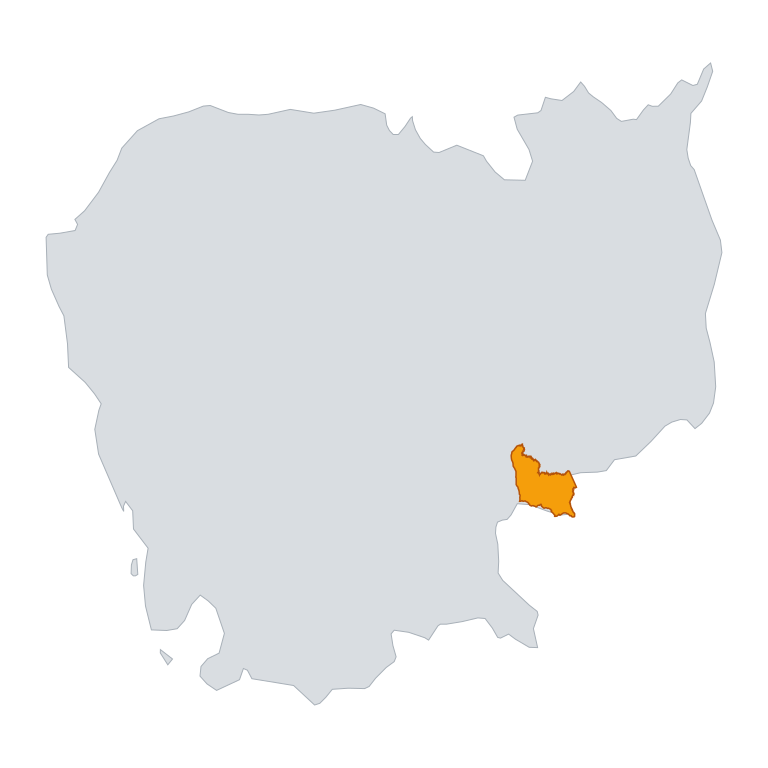 location of Memot, Kâmpóng Cham, Cambodia
{"feature_id": "14789045B36806562781005", "entity_name": "Memot", "entity_type": "district", "adm_level": 2, "iso_a3": "KHM", "parent_name": "Cambodia", "parent_adm1": "Kâmpóng Cham", "projection": "natural_earth1", "projection_center": [106.235, 11.913], "detail": "fine", "context": "in_parent", "style": "filled", "palette": "amber", "viewbox_px": 768, "rotation_deg": 0, "n_neighbors": 0, "source": "geoboundaries", "source_scale": "gbopen_adm2", "svg_char_len": 8560}
<svg xmlns="http://www.w3.org/2000/svg" viewBox="0 0 768 768"><path d="M710.6,63.0L712.7,71.3L707.3,86.9L701.6,101.0L690.9,113.4L690.4,122.5L686.8,149.6L688.2,158.2L690.7,165.6L694.2,169.6L703.5,196.1L712.0,220.2L720.4,240.1L721.9,252.6L714.3,284.3L705.4,313.5L706.2,328.1L710.0,342.6L714.2,362.0L715.7,386.8L713.5,403.0L709.5,413.1L701.7,423.3L695.0,428.6L686.9,419.9L680.4,419.5L671.8,422.1L665.0,426.1L651.1,441.3L635.8,456.0L614.5,459.7L606.3,470.6L597.4,472.1L580.6,472.7L569.6,475.3L570.1,480.7L569.2,506.6L569.4,512.7L567.7,514.3L560.1,515.1L547.2,511.1L529.8,504.7L517.3,503.7L511.0,515.0L507.1,519.4L502.4,520.1L497.5,522.1L495.9,527.1L495.5,533.4L497.8,544.2L498.7,561.3L498.1,573.0L502.7,580.4L529.3,605.2L537.2,611.4L538.1,615.1L533.4,628.6L537.6,647.6L529.2,647.3L515.3,639.1L508.6,634.1L500.5,638.1L497.7,637.4L492.3,628.0L485.1,618.5L477.8,617.9L462.2,621.6L446.4,624.2L440.3,624.2L437.9,625.9L428.6,640.1L424.7,637.7L408.7,632.3L394.2,630.2L391.1,633.9L392.9,645.5L396.1,656.8L394.2,661.6L386.2,667.5L375.6,678.2L369.1,686.5L364.6,688.6L348.4,688.2L332.3,689.3L325.9,697.2L319.8,703.3L314.6,705.0L293.6,685.5L251.9,678.7L247.4,670.2L243.4,668.5L239.5,679.7L216.6,690.4L207.0,683.9L200.0,676.1L201.0,666.5L207.7,658.7L219.1,653.1L224.4,633.4L215.8,608.2L208.2,600.9L200.2,595.1L191.7,604.4L184.6,620.5L177.2,628.7L166.7,630.5L151.4,629.9L145.5,606.0L143.6,585.4L145.8,562.0L148.1,548.2L133.5,529.0L132.7,510.8L125.6,501.4L123.5,506.1L123.7,511.4L121.7,507.6L98.6,454.1L94.8,429.3L98.9,410.2L101.2,403.8L94.5,393.8L85.2,382.4L68.6,367.4L67.5,343.7L63.9,315.8L59.0,306.4L51.4,289.2L47.3,275.0L46.1,237.3L48.2,234.3L60.0,233.2L75.1,230.5L77.6,224.4L74.9,219.4L84.6,210.8L98.6,192.2L109.4,172.6L117.1,160.3L121.8,148.1L137.4,130.7L159.0,118.8L173.5,116.0L188.7,111.9L203.3,106.1L210.2,105.5L228.3,112.5L238.0,114.3L248.3,114.3L258.9,115.0L268.2,114.3L290.3,109.4L313.8,113.2L334.8,110.2L360.7,104.5L373.5,108.1L385.1,113.8L386.7,125.2L389.4,130.5L393.2,134.5L398.4,134.5L405.0,126.5L410.5,118.2L412.3,116.7L412.6,120.8L415.4,129.7L420.3,138.5L425.3,144.4L433.6,152.1L439.1,152.5L456.8,145.2L483.4,155.8L486.5,161.2L495.1,172.0L504.4,179.8L525.2,180.3L532.6,161.2L529.0,149.5L517.2,129.2L514.0,117.2L517.7,115.1L537.8,112.8L541.0,110.5L545.4,97.3L550.9,98.8L562.0,100.5L573.7,91.5L580.7,82.0L584.5,86.3L588.6,93.0L593.2,96.8L601.6,102.5L610.9,110.5L616.7,118.4L621.4,121.4L633.3,119.2L636.5,119.6L643.4,110.0L648.2,104.8L652.3,106.3L658.3,106.2L670.7,94.0L677.8,82.9L681.7,79.9L692.9,85.5L697.3,84.3L703.7,69.0L710.6,63.0ZM137.8,574.4L135.5,575.8L133.3,575.8L131.1,573.6L131.4,565.0L133.0,559.7L136.7,558.7L137.8,574.4ZM172.5,659.0L167.8,664.8L160.3,652.9L160.4,649.6L172.5,659.0Z" fill="#d9dde1" stroke="#a8b0b8" stroke-width="1"/><path d="M518.9,445.7L518.1,445.6L517.3,446.1L516.9,446.2L516.6,446.3L516.4,446.6L516.2,447.4L515.5,447.9L514.0,450.1L513.5,450.6L512.2,451.6L511.9,452.2L511.7,453.6L511.2,455.2L511.2,456.1L511.4,458.4L511.7,460.0L512.6,461.9L513.0,463.2L513.2,466.2L514.5,468.2L516.0,471.4L516.0,476.2L515.9,476.4L515.8,477.1L516.2,478.0L516.2,484.7L516.4,485.0L517.1,486.2L518.0,487.2L518.2,488.7L518.7,489.7L519.2,491.7L519.4,494.3L520.0,494.9L520.1,495.5L519.8,497.8L520.0,499.1L519.9,499.5L519.9,500.2L519.6,501.3L520.8,501.2L522.0,500.7L523.0,501.3L524.9,501.0L525.4,501.0L525.9,501.5L527.1,502.0L528.2,502.7L528.5,503.1L528.5,503.8L529.5,504.2L529.8,505.1L530.3,505.5L531.5,506.0L532.1,505.7L533.2,505.6L535.3,506.4L535.8,506.8L536.1,506.9L536.8,506.6L537.5,505.6L537.9,505.4L538.6,505.2L539.7,505.3L540.0,505.1L540.2,504.5L541.0,504.3L541.4,505.0L541.6,506.3L542.3,506.8L543.2,507.7L543.8,508.1L544.6,508.1L545.6,507.7L546.4,507.8L547.6,508.4L548.6,508.2L549.9,509.0L550.7,509.3L551.1,510.2L551.5,510.4L551.2,511.0L551.2,511.5L552.5,512.5L554.5,514.9L554.9,515.2L554.6,515.9L554.6,516.3L554.8,516.4L556.6,516.2L557.2,516.0L557.7,515.4L558.5,515.0L558.8,514.3L559.3,514.4L559.5,515.1L560.0,515.2L560.7,514.7L561.4,514.4L562.3,513.6L563.6,512.9L565.9,512.9L566.7,513.5L567.8,513.7L569.1,514.8L569.8,515.7L570.3,515.6L570.6,515.7L571.2,515.7L571.4,516.0L571.4,516.4L572.2,516.9L573.0,517.0L574.4,516.7L574.6,516.4L574.6,515.9L574.5,515.7L574.7,515.0L574.6,514.7L574.7,513.8L574.4,513.4L574.2,513.2L574.1,512.8L573.6,512.6L573.5,512.2L573.3,512.2L573.1,511.8L572.8,511.6L572.8,510.9L572.6,510.5L572.2,510.3L572.3,509.5L571.9,509.3L571.9,508.8L571.6,508.6L571.5,508.4L571.3,508.3L571.4,507.6L571.0,506.9L570.7,506.6L570.7,505.7L570.2,504.3L570.4,504.1L570.4,503.8L570.3,503.7L570.1,503.7L569.9,503.5L570.0,503.1L570.0,502.7L569.8,502.7L569.6,502.5L569.7,502.4L569.9,502.4L570.1,501.9L569.9,501.7L569.9,501.4L570.1,501.2L570.3,500.7L570.6,500.1L570.8,500.0L570.9,499.7L571.2,499.2L571.2,498.9L571.4,498.8L571.3,498.5L571.6,498.2L571.9,497.6L572.2,497.5L572.1,497.3L572.2,497.1L572.1,496.9L572.2,496.4L572.5,496.2L572.5,495.9L572.6,495.6L572.8,495.5L573.0,495.2L573.0,494.8L573.3,494.4L573.5,494.6L573.5,494.3L573.8,494.2L573.7,494.0L573.9,494.0L573.9,493.4L573.7,493.2L573.5,492.4L573.1,492.4L573.1,492.1L572.7,491.4L573.2,491.0L573.1,490.9L573.0,490.7L572.9,490.3L573.1,490.2L572.9,490.0L572.8,489.6L572.9,488.9L573.1,488.8L573.1,488.7L573.5,488.6L573.6,488.4L573.7,488.5L573.7,488.1L573.8,488.2L573.7,488.0L573.8,487.5L574.1,487.5L574.3,487.6L574.9,487.6L575.1,487.9L575.7,487.7L575.9,487.4L576.4,487.3L576.2,486.6L569.3,471.3L568.9,471.1L568.5,471.1L568.2,470.9L568.1,471.0L567.8,470.9L567.6,471.1L567.7,471.4L567.5,471.7L567.2,471.7L566.7,472.0L566.5,472.5L566.1,472.9L565.9,472.8L565.8,473.2L565.9,473.6L565.7,473.7L565.5,474.0L565.2,474.0L565.0,474.4L564.8,474.3L564.0,474.8L564.0,474.7L563.9,474.8L563.6,474.8L563.5,474.6L563.3,474.6L563.4,474.4L563.2,474.2L563.0,474.4L562.9,474.3L562.8,474.6L562.7,474.5L562.4,474.7L562.1,474.7L562.0,475.0L561.9,475.1L561.3,474.6L561.2,474.4L560.5,474.2L560.4,474.0L560.1,474.0L560.0,473.7L559.9,473.7L559.7,474.0L559.3,473.6L559.2,473.7L558.3,473.5L558.2,473.2L557.7,473.1L557.4,473.5L557.3,473.3L557.2,473.0L556.5,472.8L556.3,473.3L556.1,472.8L555.9,473.1L555.6,473.0L555.3,473.3L554.9,473.2L554.5,473.8L554.3,473.7L554.0,473.8L553.8,473.6L553.6,474.0L553.3,473.7L553.2,473.4L552.9,473.7L552.7,473.6L552.7,474.2L552.4,474.3L552.1,474.2L551.9,473.9L551.8,474.4L551.2,474.2L551.0,474.4L550.8,474.1L550.5,474.6L550.3,474.2L550.0,474.3L549.8,474.1L549.3,474.6L549.3,474.4L549.1,474.3L548.9,474.5L548.9,474.3L548.4,474.0L548.3,473.6L548.0,473.9L547.6,473.9L547.7,473.7L547.4,473.6L547.7,473.5L547.4,473.3L547.4,473.0L547.1,472.8L546.8,472.9L546.7,472.5L546.5,473.1L546.1,473.3L546.2,473.5L545.1,474.1L544.8,473.7L544.8,473.8L544.7,473.8L544.7,473.4L544.6,473.2L544.9,473.0L544.8,472.7L544.6,472.7L544.4,473.1L543.9,472.9L543.5,472.8L543.1,472.4L542.2,472.9L542.0,472.7L542.2,472.3L542.0,472.2L541.8,472.3L541.5,473.0L540.6,473.5L540.4,474.1L540.3,474.3L539.7,474.5L539.5,475.0L539.3,474.4L538.7,473.4L539.2,472.8L539.0,472.7L537.8,472.6L538.1,472.1L538.6,472.2L538.9,471.8L538.9,470.7L538.5,470.4L538.5,468.0L539.1,467.8L539.1,467.0L539.8,466.7L539.8,466.4L539.7,465.3L539.6,465.1L539.2,465.3L539.1,465.0L539.6,464.7L539.8,464.5L539.2,463.6L538.6,463.0L538.6,462.9L538.8,462.5L538.7,462.3L538.2,462.0L537.6,461.8L537.4,461.2L537.2,461.2L536.9,461.5L536.7,461.5L536.5,460.5L536.2,460.3L535.6,460.4L535.5,459.5L535.4,459.4L534.5,460.3L534.2,459.8L533.9,459.7L534.0,460.2L534.0,460.6L533.7,460.8L533.6,460.7L533.6,459.8L533.5,459.2L533.3,459.1L533.2,459.4L533.0,459.6L532.9,459.5L533.0,459.2L532.9,459.0L532.3,459.3L531.9,459.2L531.9,458.9L532.2,458.3L531.5,458.2L531.7,457.5L531.0,456.6L531.0,456.3L530.9,456.2L530.7,456.2L530.1,457.4L530.0,457.2L530.3,456.5L530.3,456.3L529.5,456.3L529.3,456.3L529.2,456.6L528.8,456.8L528.6,456.6L528.8,456.2L528.7,456.2L528.2,456.7L527.9,456.4L527.5,456.4L527.6,456.9L527.2,457.2L526.0,456.8L526.0,456.4L526.4,455.4L526.4,455.2L526.2,455.2L525.6,455.3L525.5,455.7L525.4,455.7L525.1,455.4L524.1,455.3L524.3,454.9L524.0,454.6L523.7,454.7L523.3,455.0L523.3,454.6L523.1,454.7L523.1,455.4L522.8,455.5L522.7,455.5L522.6,455.3L522.2,455.3L522.1,455.2L523.0,454.1L522.9,453.9L522.3,453.8L522.1,454.0L522.0,453.9L522.1,453.5L521.8,453.1L522.1,452.5L522.6,452.7L522.9,452.3L522.9,451.3L523.4,451.5L523.8,451.1L524.1,451.0L524.1,450.5L524.3,450.0L524.0,450.0L523.6,449.3L523.7,449.0L524.2,449.0L524.3,448.0L523.0,447.2L522.8,445.8L522.5,445.7L522.1,445.9L522.0,445.6L522.4,445.2L522.4,444.1L522.2,444.1L521.9,444.3L521.7,445.1L520.9,445.2L520.4,445.7L520.3,445.3L519.7,445.6L519.3,445.2L519.1,445.3L518.9,445.7Z" fill="#f59e0b" stroke="#b45309" stroke-width="1.5"/></svg>